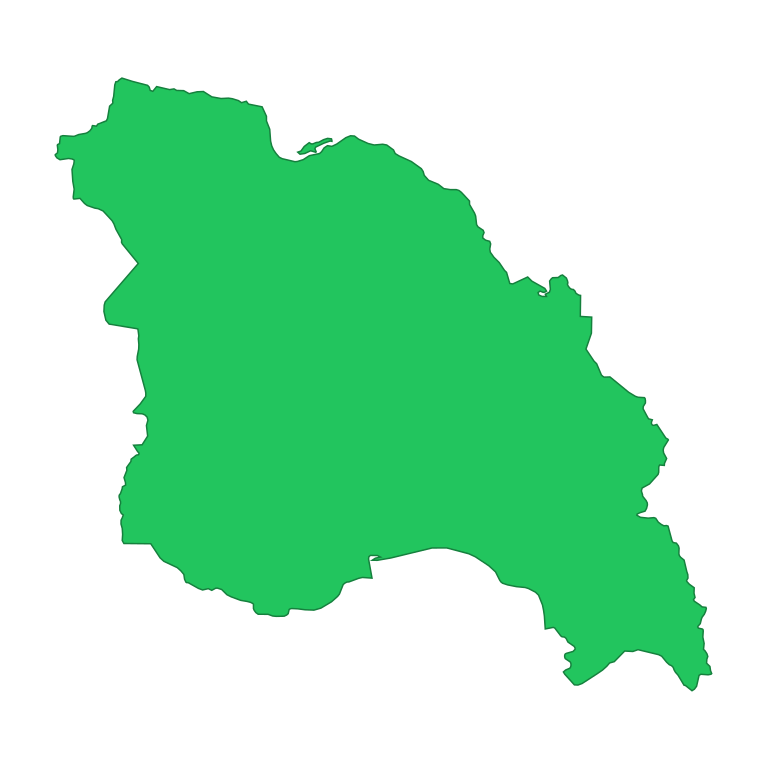 the border of Iran, rotated 181°
{"feature_id": "IRN", "entity_name": "Iran", "entity_type": "country or territory", "adm_level": 0, "iso_a3": "IRN", "parent_name": "Asia", "parent_adm1": "", "projection": "mercator", "projection_center": [53.162, 32.435], "detail": "fine", "context": "isolated", "style": "filled", "palette": "green", "viewbox_px": 768, "rotation_deg": 181, "n_neighbors": 0, "source": "natural_earth", "source_scale": "50m", "svg_char_len": 6090}
<svg xmlns="http://www.w3.org/2000/svg" viewBox="0 0 768 768"><g transform="rotate(181 384 384)"><path d="M392.6,189.7L402.2,190.2L405.9,189.3L415.6,185.5L417.7,185.3L419.7,184.2L421.3,182.8L424.9,173.2L426.7,170.8L432.7,165.3L443.2,158.8L450.1,156.7L459.1,156.9L466.3,157.7L472.5,157.9L474.0,157.5L474.9,156.9L475.8,152.7L477.3,151.3L479.8,150.1L487.7,149.8L491.3,150.1L495.9,151.7L505.8,151.6L508.1,153.2L509.8,155.4L510.6,157.2L510.7,161.5L511.3,162.2L513.7,163.4L517.1,164.2L523.6,165.2L533.0,168.5L537.4,170.6L542.7,175.7L547.0,177.0L548.7,176.9L552.6,174.7L556.1,176.3L561.8,174.9L566.0,176.4L576.4,182.0L577.6,181.9L578.6,182.4L580.0,185.3L580.8,190.1L583.8,193.6L587.5,196.8L600.9,202.8L604.8,206.2L614.4,220.2L641.3,220.0L643.0,223.0L642.7,229.0L643.2,235.1L644.5,239.4L644.5,243.3L643.5,245.3L642.4,248.5L644.3,249.9L645.9,253.1L646.1,257.6L645.3,260.0L645.4,262.0L646.2,263.7L646.9,266.5L646.8,268.2L645.6,269.9L644.0,274.6L643.7,276.7L640.6,278.4L640.8,281.1L642.3,285.9L639.6,293.2L639.9,296.0L635.7,302.1L635.5,304.4L630.3,308.6L628.2,309.0L627.7,310.1L628.1,311.2L629.0,311.9L633.3,318.4L624.8,319.0L619.4,327.8L620.8,338.3L619.4,343.7L620.3,346.8L622.5,348.9L625.2,350.0L630.5,350.1L633.9,350.9L634.3,352.3L627.4,359.8L622.0,367.5L622.0,370.7L622.5,373.4L631.3,403.9L631.2,407.2L629.9,414.6L629.8,419.1L630.4,424.9L630.0,427.9L631.0,434.6L632.1,435.0L659.9,439.1L663.2,443.0L665.3,451.6L665.1,458.0L664.2,461.3L631.8,500.2L648.1,519.5L648.9,521.1L648.8,523.8L654.7,534.0L656.8,539.3L658.7,542.5L667.9,552.1L672.8,554.3L676.2,554.8L683.9,557.3L686.6,559.3L691.2,564.3L696.4,563.6L697.5,563.6L697.8,564.0L698.0,565.6L697.2,573.4L698.7,581.3L699.7,593.1L698.0,598.6L697.6,602.1L698.0,602.7L699.7,603.5L703.3,604.0L711.9,602.6L715.0,604.4L716.6,606.6L716.7,607.6L714.5,609.4L714.2,612.5L714.8,617.1L714.5,617.7L712.6,618.7L712.0,625.4L711.6,626.0L709.4,626.7L698.8,626.2L697.6,626.4L693.6,628.1L686.8,629.4L685.0,630.1L682.4,632.1L680.6,634.6L680.3,636.8L679.9,637.3L676.0,636.8L674.7,638.8L666.2,642.3L665.1,644.6L663.2,657.0L660.2,659.9L660.0,660.5L660.3,662.8L659.3,666.9L658.4,678.3L657.4,681.5L655.6,681.8L654.1,683.4L651.4,685.3L640.9,682.2L625.6,678.5L623.9,676.7L622.9,673.5L620.3,672.6L616.5,677.4L603.5,674.6L599.1,675.4L596.4,673.9L589.4,673.8L583.9,670.9L576.0,672.9L569.7,673.3L561.2,668.1L551.9,666.6L544.5,667.1L540.6,666.6L534.4,664.8L531.4,662.8L526.6,664.3L524.4,661.5L510.7,659.0L506.2,649.6L506.1,644.9L502.7,636.7L501.6,624.8L500.4,620.1L498.5,616.1L496.0,612.6L492.7,608.9L489.7,607.5L476.9,604.7L474.4,605.0L468.7,606.9L462.6,611.0L452.5,613.3L450.5,615.1L448.0,619.0L444.7,621.3L440.2,620.7L435.4,623.1L426.5,629.6L421.8,631.6L417.8,631.4L413.6,628.3L404.1,624.2L398.0,622.8L389.5,623.7L385.4,623.0L378.6,618.2L376.8,614.6L372.9,612.3L360.5,606.9L350.4,599.9L348.6,597.2L347.4,593.3L343.0,588.5L333.2,584.6L327.6,580.4L321.1,579.5L315.1,579.6L312.4,578.8L310.0,577.0L301.7,568.4L301.6,565.0L296.5,556.5L295.3,553.5L294.2,545.0L292.8,542.8L287.5,539.4L286.6,537.1L287.8,534.1L287.8,531.8L285.0,529.6L280.8,528.5L279.8,525.9L280.6,520.8L280.0,517.6L276.3,512.6L270.9,507.4L265.5,499.7L263.4,497.7L260.0,486.7L257.0,486.3L242.2,493.5L237.9,489.4L224.9,482.4L223.1,479.7L224.7,478.7L226.4,478.4L229.6,479.6L231.6,478.1L230.8,475.7L227.5,474.3L223.1,474.4L224.3,476.6L220.2,478.7L219.3,481.5L220.2,489.8L218.6,492.1L217.3,493.2L211.7,493.5L209.1,495.6L207.4,496.1L203.5,493.1L202.3,490.2L201.9,488.2L202.4,487.1L201.7,485.4L200.0,483.2L198.2,482.0L196.3,481.8L194.8,480.4L193.6,478.0L190.8,476.3L189.0,476.0L188.9,455.0L177.5,454.5L177.5,438.4L182.7,422.4L174.4,410.5L171.7,407.9L166.8,396.8L165.4,395.5L163.9,394.7L158.2,395.0L139.2,380.0L132.5,376.1L129.8,375.2L123.4,374.9L122.7,374.1L122.3,372.0L122.3,369.6L124.4,366.0L124.5,363.7L120.2,356.0L118.9,353.8L115.1,352.9L115.9,350.6L115.9,349.1L115.3,348.0L114.5,347.4L113.4,347.4L110.5,348.3L101.3,334.9L99.1,333.7L98.7,333.0L103.2,325.4L103.7,322.8L103.2,319.9L100.1,314.4L102.2,309.5L102.3,307.5L107.0,307.8L107.8,306.2L107.8,300.5L108.4,298.4L116.8,288.7L124.1,284.5L124.8,281.6L123.6,277.9L123.4,276.3L119.9,272.0L118.7,269.7L118.5,267.7L119.3,264.2L120.8,261.4L125.8,259.8L128.6,258.4L128.9,257.2L125.3,255.2L117.5,254.5L111.8,255.1L110.0,254.5L107.3,250.6L104.4,248.5L101.7,247.1L99.1,247.4L97.5,246.9L93.3,232.3L92.1,230.5L88.9,230.0L86.8,227.3L86.1,225.0L86.2,219.3L85.7,217.6L84.4,215.9L80.9,213.2L78.0,201.8L76.9,198.7L76.7,195.2L78.0,192.9L77.9,192.0L75.2,189.1L70.3,185.7L70.4,180.3L69.3,176.0L70.8,173.7L69.9,172.2L64.2,168.5L62.1,166.7L58.2,166.3L57.8,165.1L58.4,162.5L59.7,159.4L61.9,156.3L62.5,154.7L63.6,149.9L66.0,147.1L66.0,146.4L65.4,145.4L61.5,144.6L60.8,144.1L60.5,142.6L60.8,136.5L59.4,130.2L59.9,124.2L58.5,123.0L56.4,119.9L55.5,117.2L56.4,114.5L56.6,110.5L53.2,107.3L52.5,103.1L51.3,100.2L52.0,99.5L54.8,98.9L62.1,99.3L63.9,98.2L66.2,87.2L68.3,84.3L70.7,82.7L77.5,87.9L78.7,88.0L85.0,98.1L87.5,100.8L88.9,103.1L89.9,105.7L91.6,107.4L93.8,108.3L96.6,110.8L101.6,116.7L104.8,118.2L125.4,122.8L130.5,120.9L138.7,121.2L148.9,110.4L153.6,109.0L156.3,105.7L160.5,101.8L165.7,98.1L180.7,88.0L184.8,86.4L188.4,86.5L198.2,97.0L199.6,99.2L197.4,101.2L193.2,103.1L192.4,104.5L192.1,106.2L192.3,108.0L192.9,109.3L198.0,112.6L198.6,114.3L198.6,116.1L198.0,117.3L196.9,117.9L190.3,119.9L188.3,122.1L188.4,123.5L189.3,125.0L195.6,129.2L197.5,132.8L199.1,134.1L201.7,134.4L202.9,135.3L209.0,143.0L210.5,143.6L218.5,141.9L219.6,154.8L220.5,160.4L221.7,165.9L225.8,175.6L228.9,178.5L235.9,182.0L239.3,183.0L248.1,183.7L256.9,185.3L262.0,186.9L263.6,188.1L264.9,189.9L269.2,198.1L275.9,204.0L289.6,212.8L296.1,215.7L318.4,221.2L333.1,220.9L374.0,210.2L387.6,207.6L392.7,207.6L389.6,209.7L384.5,210.9L387.6,212.4L394.6,212.4L396.1,211.1L396.4,208.8L392.6,189.7ZM471.1,615.5L467.9,620.1L463.0,624.0L461.0,622.8L459.4,622.8L455.9,624.3L453.4,624.6L448.8,627.2L444.7,628.6L440.8,628.2L440.3,626.4L440.3,625.7L442.1,626.0L448.4,623.7L456.4,619.7L457.2,618.0L455.9,615.1L456.2,614.5L461.4,615.9L467.2,613.1L472.0,612.3L474.3,614.3L471.1,615.5Z" fill="#22c55e" stroke="#15803d" stroke-width="1.5"/></g></svg>